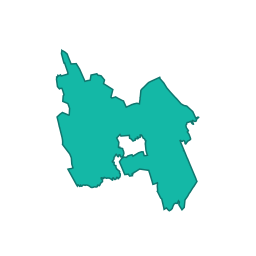 the district of Viļānu pag., Vilanu, Latvia, rotated 71°
{"feature_id": "27541924B60521943034244", "entity_name": "Viļānu pag.", "entity_type": "district", "adm_level": 2, "iso_a3": "LVA", "parent_name": "Latvia", "parent_adm1": "Vilanu", "projection": "equal_earth", "projection_center": [26.923, 56.553], "detail": "fine", "context": "isolated", "style": "filled", "palette": "teal", "viewbox_px": 256, "rotation_deg": 71, "n_neighbors": 0, "source": "geoboundaries", "source_scale": "gbopen_adm2", "svg_char_len": 5846}
<svg xmlns="http://www.w3.org/2000/svg" viewBox="0 0 256 256"><g transform="rotate(71 128 128)"><path d="M150.8,149.9L149.6,148.7L149.0,147.9L149.1,147.5L150.7,147.3L151.6,147.0L152.0,146.6L151.9,146.3L151.1,145.8L150.4,145.1L150.5,144.7L150.8,144.4L151.2,144.3L152.3,144.4L152.9,144.3L153.6,142.9L152.4,141.3L150.6,140.1L148.7,139.8L147.0,139.9L146.5,140.0L145.7,139.8L145.2,140.4L144.4,142.1L143.5,142.0L143.3,143.3L143.0,143.3L138.5,141.3L136.1,141.7L135.8,141.6L133.8,142.0L131.5,137.7L133.3,137.3L135.4,129.1L138.2,129.8L138.8,129.1L139.5,128.6L140.5,128.1L141.5,127.8L141.9,127.6L142.0,127.4L141.9,126.6L141.7,126.0L141.9,125.4L141.9,125.2L141.6,125.0L140.7,124.7L140.4,124.5L140.8,123.9L140.9,123.6L140.8,123.2L141.2,122.6L140.2,122.4L139.7,122.1L140.3,121.7L140.9,121.6L141.0,121.5L140.8,121.1L140.4,120.8L140.6,120.5L140.6,120.2L140.8,119.8L140.6,119.3L140.4,119.3L140.2,118.9L139.4,118.7L139.7,118.9L139.7,119.0L138.6,118.9L138.6,118.6L138.8,117.9L139.0,117.6L140.4,117.1L142.6,116.9L143.6,115.9L144.1,115.8L144.7,115.8L145.1,115.8L145.6,115.6L145.9,115.3L146.7,115.9L146.9,116.0L146.7,115.7L147.7,116.3L149.6,117.0L151.2,117.4L154.6,118.2L156.1,118.4L157.8,118.5L160.1,118.5L159.9,119.4L160.0,119.9L159.7,120.9L159.4,121.7L155.5,121.5L155.5,121.8L155.3,121.8L155.0,122.7L154.9,123.0L154.9,126.2L155.8,130.3L155.8,130.5L156.1,131.6L156.3,132.5L154.6,132.9L154.4,134.7L154.4,137.4L155.3,139.1L153.9,141.8L154.5,142.6L154.4,143.1L154.9,144.0L157.2,147.1L171.0,146.2L171.8,142.7L174.0,142.1L174.5,139.3L173.0,139.2L173.1,138.5L172.5,138.5L172.2,136.9L171.8,136.4L171.9,135.8L170.6,130.4L173.7,124.3L174.8,122.2L179.1,122.3L186.4,122.6L189.4,122.8L189.5,121.4L189.4,118.0L189.6,118.0L192.7,119.3L196.7,120.3L197.5,121.0L197.8,120.8L198.3,120.7L204.9,119.9L205.9,119.2L214.9,120.1L216.7,120.4L216.1,117.7L218.8,116.5L219.7,115.9L219.4,114.2L218.5,112.4L216.9,111.2L215.0,109.4L214.5,107.6L215.4,106.0L215.4,105.8L215.2,105.8L213.3,104.0L214.8,103.5L216.9,104.8L217.6,104.8L222.9,103.6L221.4,100.7L214.7,97.6L214.2,97.0L212.1,94.1L209.3,91.0L209.2,90.8L209.2,90.6L205.3,85.8L204.8,84.9L201.0,80.2L198.8,80.4L198.1,80.3L182.0,81.4L176.5,81.7L175.2,81.9L169.1,82.2L167.8,82.5L167.7,82.6L167.6,82.3L159.7,82.8L159.4,82.9L156.8,82.8L156.8,82.5L156.9,82.3L158.0,81.6L158.2,81.4L158.3,81.0L158.0,80.1L158.0,79.7L158.0,79.4L158.2,79.2L158.8,78.9L159.4,78.8L159.9,78.8L161.2,79.1L161.6,79.0L161.8,78.8L161.8,78.4L161.7,78.3L160.9,77.3L160.1,76.1L159.9,75.7L159.5,73.8L159.2,72.7L158.8,72.4L158.2,72.3L156.8,72.3L154.0,72.4L152.9,72.6L151.3,73.2L150.9,73.1L150.7,72.8L150.5,72.1L150.3,71.8L149.7,71.9L146.9,72.7L145.5,72.6L144.7,72.5L144.1,72.2L143.6,71.4L142.6,70.9L142.2,70.5L142.1,70.3L142.3,68.7L142.1,67.3L142.1,66.7L142.4,66.5L143.3,66.4L144.7,65.9L145.4,65.4L145.7,65.1L145.7,64.9L145.1,64.8L142.6,65.1L142.2,65.1L142.0,64.9L141.9,64.5L141.9,64.2L142.2,64.0L143.0,63.4L143.5,62.8L143.7,62.1L143.6,61.4L143.4,61.0L142.5,60.7L141.7,59.6L141.3,58.6L141.1,57.8L140.8,57.8L140.4,58.8L140.9,60.6L140.0,60.8L133.6,61.4L126.4,65.3L124.9,67.8L122.4,70.0L115.5,72.8L115.4,73.0L107.5,76.4L102.6,78.3L97.1,79.5L91.5,81.8L91.0,81.5L90.4,81.5L91.4,91.5L91.7,93.6L91.9,94.1L92.3,95.1L94.5,99.5L95.4,101.6L96.1,102.9L96.7,103.6L102.5,106.2L103.0,106.6L104.7,107.2L106.7,108.3L108.9,109.3L107.5,111.5L107.1,114.9L107.2,115.4L107.1,116.2L107.1,116.8L107.4,119.1L107.7,122.9L102.4,123.4L101.1,123.4L100.6,123.8L100.4,124.2L100.0,124.6L96.0,128.4L95.6,128.6L94.5,129.7L94.6,130.6L94.4,133.5L93.3,134.1L86.7,129.8L78.1,136.7L75.0,134.6L70.0,136.4L69.0,137.8L68.5,139.1L66.6,139.8L65.9,145.7L70.5,148.2L70.0,150.9L69.9,153.5L56.8,154.6L50.3,156.0L48.9,161.0L40.4,161.4L38.3,161.4L36.0,162.7L34.4,164.0L33.3,165.2L33.1,165.3L36.0,166.7L44.3,167.3L45.9,167.3L45.9,166.8L56.6,166.8L56.8,167.2L57.4,167.3L57.1,174.3L55.8,174.5L56.2,176.7L55.4,177.1L56.6,178.0L57.0,178.4L57.0,178.6L56.7,178.9L58.1,179.4L58.4,179.7L65.9,181.2L68.7,180.1L68.6,178.5L69.0,177.6L71.4,177.5L75.7,177.7L76.5,178.8L81.6,181.0L85.3,176.9L90.4,176.8L96.5,179.3L96.6,179.8L93.1,183.7L93.1,183.8L92.0,184.9L92.8,187.7L94.5,191.5L100.4,192.0L104.5,192.5L105.5,192.5L110.7,193.0L115.5,193.4L117.4,193.7L119.2,194.1L121.8,195.0L122.2,195.3L133.7,191.5L137.8,191.3L143.9,192.9L147.8,193.0L147.9,194.6L147.5,196.9L147.4,198.2L164.7,195.2L166.3,194.8L165.5,194.1L165.4,193.8L165.8,193.4L167.0,193.0L167.5,192.7L167.5,192.2L166.6,191.5L166.5,191.4L166.7,191.2L167.8,191.0L168.0,190.8L168.0,190.6L167.4,189.3L167.3,189.0L167.5,188.3L168.3,187.1L168.2,186.2L168.4,185.9L168.7,185.3L169.4,184.3L170.5,183.3L171.7,182.6L172.2,182.1L172.5,181.5L172.7,180.7L172.7,178.9L172.8,178.4L173.4,177.5L173.5,176.9L173.4,176.1L172.5,175.7L172.2,175.4L172.2,175.2L172.3,174.8L173.2,174.1L173.2,173.8L172.8,173.2L171.5,172.0L171.2,171.6L170.4,169.6L169.8,169.3L169.1,169.2L168.4,169.3L167.4,169.8L166.9,169.8L166.5,169.7L166.4,169.3L166.6,168.8L167.8,167.9L167.9,167.7L167.8,167.3L167.0,166.9L167.0,166.7L167.1,166.3L168.3,165.0L168.6,164.6L168.6,164.4L168.6,163.7L169.3,161.9L169.6,161.6L170.4,161.1L170.9,160.5L172.2,159.8L172.2,159.5L172.1,159.4L170.7,159.0L170.5,158.8L170.3,158.5L170.4,158.1L170.6,158.0L172.3,157.4L172.5,156.9L172.4,156.1L171.9,155.5L171.1,154.9L171.0,154.6L171.1,154.4L171.4,154.1L171.7,154.0L172.7,153.9L172.8,153.6L172.8,153.4L172.5,153.2L172.0,152.5L171.8,151.8L171.6,151.6L170.4,150.8L169.1,150.3L168.6,150.3L168.1,150.7L167.7,150.7L166.8,150.2L166.4,150.1L165.7,150.3L165.1,151.0L163.7,151.4L163.4,151.9L162.9,152.1L161.0,152.2L160.7,152.1L160.0,151.8L159.6,151.7L159.3,152.2L159.1,152.7L158.7,153.0L158.2,153.1L157.9,153.0L156.8,152.7L156.4,152.4L156.1,152.3L155.9,152.3L155.7,152.4L155.4,152.8L155.3,153.6L155.1,153.8L154.6,153.7L154.3,153.5L153.8,152.6L153.2,151.8L152.6,151.3L151.4,150.9L151.2,150.7L150.8,150.2L150.8,149.9Z" fill="#14b8a6" stroke="#0f766e" stroke-width="1.5"/></g></svg>